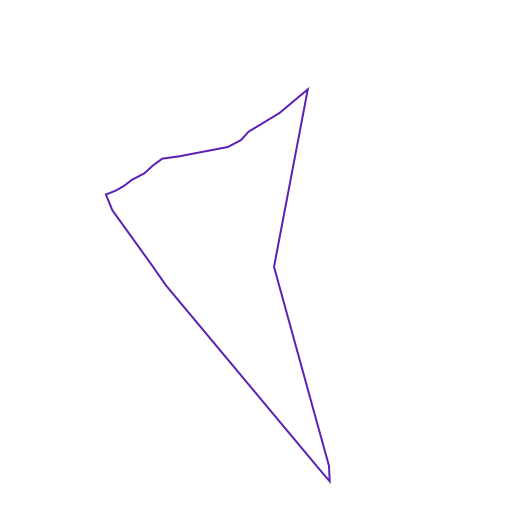 the district of Palestina, Alagoas, Brazil, rotated 25°
{"feature_id": "56859067B33647530257209", "entity_name": "Palestina", "entity_type": "district", "adm_level": 2, "iso_a3": "BRA", "parent_name": "Brazil", "parent_adm1": "Alagoas", "projection": "robinson", "projection_center": [-37.312, -9.686], "detail": "fine", "context": "isolated", "style": "outline", "palette": "violet", "viewbox_px": 512, "rotation_deg": 25, "n_neighbors": 0, "source": "geoboundaries", "source_scale": "gbopen_adm2", "svg_char_len": 438}
<svg xmlns="http://www.w3.org/2000/svg" viewBox="0 0 512 512"><g transform="rotate(25 256 256)"><path d="M232.5,83.0L216.8,116.6L196.7,146.5L193.4,157.3L184.4,169.1L155.6,189.9L144.6,197.9L129.9,207.4L124.5,217.2L119.8,228.4L111.3,239.4L106.8,248.1L101.2,256.1L94.0,263.7L106.4,275.2L165.6,308.4L187.2,320.9L407.0,424.1L418.0,429.0L410.8,415.3L384.9,385.0L276.9,258.2L232.5,83.0Z" fill="none" stroke="#5b21b6" stroke-width="2"/></g></svg>